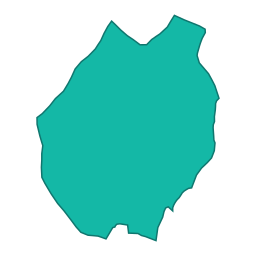 Isoko South, Delta, Nigeria
{"feature_id": "59680162B89324456878264", "entity_name": "Isoko South", "entity_type": "district", "adm_level": 2, "iso_a3": "NGA", "parent_name": "Nigeria", "parent_adm1": "Delta", "projection": "orthographic", "projection_center": [6.236, 5.389], "detail": "fine", "context": "isolated", "style": "filled", "palette": "teal", "viewbox_px": 256, "rotation_deg": 0, "n_neighbors": 0, "source": "geoboundaries", "source_scale": "gbopen_adm2", "svg_char_len": 1486}
<svg xmlns="http://www.w3.org/2000/svg" viewBox="0 0 256 256"><path d="M156.0,240.6L157.8,227.6L162.7,217.1L164.0,211.6L165.6,208.0L168.2,206.8L170.5,208.9L172.7,210.9L172.7,207.8L173.8,204.9L175.0,202.7L176.2,200.9L177.2,199.6L179.2,197.6L180.7,195.3L181.2,194.6L182.2,192.9L184.2,191.0L186.2,189.7L188.6,188.3L191.6,187.9L196.5,175.0L201.5,168.1L207.3,162.6L211.5,158.0L213.3,153.4L214.3,150.7L215.0,142.9L213.9,140.1L213.7,136.2L213.1,127.7L213.3,124.7L214.5,121.5L214.4,116.6L215.3,109.9L215.5,106.8L215.6,103.5L216.6,100.8L219.0,98.3L214.8,85.6L212.3,80.7L208.5,73.7L199.3,62.9L197.1,55.6L197.4,53.2L199.6,45.5L200.6,42.5L202.2,38.3L205.3,32.6L205.1,29.2L199.5,26.0L183.8,19.7L174.4,15.4L171.1,20.7L167.3,27.1L159.8,34.0L155.4,36.9L155.4,37.0L151.7,39.5L146.7,44.7L140.1,44.8L133.0,39.5L127.3,35.7L120.6,29.9L118.0,27.3L115.4,24.7L111.6,21.1L107.8,26.5L104.1,33.3L100.8,40.6L98.1,44.6L95.3,49.0L88.2,56.3L81.4,61.6L75.2,68.9L71.5,77.1L68.2,83.4L63.5,91.2L56.4,97.7L55.4,98.6L49.7,105.9L42.2,113.7L37.0,117.6L37.1,124.4L39.9,136.0L41.5,141.4L42.8,145.6L41.8,153.7L41.8,160.0L41.4,167.3L41.9,177.4L44.9,183.3L50.0,191.9L51.4,194.2L57.7,203.5L63.9,210.7L70.5,219.3L76.2,227.0L80.9,232.3L88.0,235.2L94.0,235.7L98.1,236.1L101.9,237.4L106.0,238.9L110.1,232.0L112.7,227.6L114.9,227.0L115.5,225.6L116.9,224.2L119.9,223.8L123.7,224.4L126.8,224.9L127.6,225.0L128.4,231.3L128.6,233.1L138.0,233.5L141.5,235.5L145.6,236.6L156.0,240.6Z" fill="#14b8a6" stroke="#0f766e" stroke-width="1.5"/></svg>